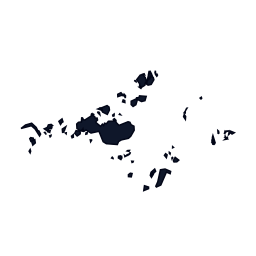 Sulu, Sulu, Philippines (Natural Earth projection), rotated 187°
{"feature_id": "2640588B7308386302326", "entity_name": "Sulu", "entity_type": "district", "adm_level": 2, "iso_a3": "PHL", "parent_name": "Philippines", "parent_adm1": "Sulu", "projection": "natural_earth1", "projection_center": [120.931, 5.941], "detail": "fine", "context": "isolated", "style": "filled", "palette": "ink", "viewbox_px": 256, "rotation_deg": 187, "n_neighbors": 0, "source": "geoboundaries", "source_scale": "gbopen_adm2", "svg_char_len": 5974}
<svg xmlns="http://www.w3.org/2000/svg" viewBox="0 0 256 256"><g transform="rotate(187 128 128)"><path d="M164.6,136.0L163.7,137.2L163.2,136.5L163.8,137.4L164.7,137.0L164.5,138.3L164.8,137.3L165.7,137.7L166.3,136.8L165.9,137.2L166.0,136.2L165.5,136.4L165.2,136.2L165.3,136.0L171.9,130.6L174.2,131.0L173.8,131.7L174.4,132.5L175.2,132.4L175.0,128.4L177.9,127.6L179.4,125.7L178.6,121.3L175.2,119.5L173.5,120.2L172.6,122.1L172.1,121.2L172.9,120.2L171.1,119.5L169.4,120.9L164.1,118.5L156.4,121.2L151.0,111.4L147.6,109.8L136.6,110.3L135.7,113.4L133.1,115.4L126.3,117.8L124.3,120.1L121.6,126.5L122.3,130.5L125.3,131.6L126.8,133.9L128.7,134.2L137.3,129.5L140.6,132.2L140.9,134.2L142.7,135.6L143.5,134.8L142.5,134.2L143.8,133.9L142.2,133.8L142.1,133.2L148.3,132.3L149.9,129.6L151.9,129.9L152.5,127.5L153.9,128.7L155.4,126.3L160.3,129.4L160.6,130.4L159.2,132.2L159.9,134.1L161.7,133.7L162.5,135.3L164.6,136.0ZM92.6,72.9L88.5,75.4L84.5,88.9L80.6,87.8L80.4,90.1L86.2,91.8L90.7,90.5L91.9,78.2L93.3,73.6L92.6,72.9ZM119.3,170.2L116.5,172.5L116.2,175.4L115.2,176.0L117.0,180.2L119.9,182.9L122.3,182.0L125.3,177.0L121.8,173.3L121.6,171.5L119.3,170.2ZM150.2,139.0L148.6,143.6L149.4,146.5L151.5,147.7L156.4,145.0L155.1,140.7L150.2,139.0ZM214.8,109.3L214.0,111.3L216.2,114.3L217.1,114.2L219.2,117.4L224.2,121.0L230.1,118.5L234.1,114.5L224.2,118.5L220.1,115.7L214.8,109.3ZM114.4,177.9L114.9,173.8L113.3,173.0L110.3,174.1L108.2,179.0L109.0,181.1L111.5,181.9L112.1,179.7L114.4,177.9ZM117.8,155.9L114.5,157.2L113.8,161.6L120.5,161.3L120.8,159.6L123.2,159.0L123.4,158.0L117.8,155.9ZM125.6,150.0L123.0,152.1L122.3,156.3L123.4,157.9L128.1,155.0L127.7,151.6L125.6,150.0ZM208.1,114.7L205.2,114.1L204.9,116.1L206.1,115.9L206.8,117.5L203.1,121.2L204.7,122.2L207.4,121.4L208.2,118.7L211.0,117.0L208.5,115.7L206.9,116.4L207.2,115.2L205.8,114.9L205.5,114.2L208.1,114.7ZM177.5,113.9L174.8,116.3L174.8,117.6L175.5,118.8L179.2,119.1L180.2,116.2L177.5,113.9ZM98.7,81.9L97.0,85.6L97.7,84.4L98.2,85.1L98.5,83.9L99.0,83.9L98.8,87.6L97.8,85.2L95.3,88.4L96.5,90.5L99.7,86.9L100.1,83.7L98.7,81.9ZM104.7,67.8L100.2,70.3L100.4,71.9L104.6,72.7L104.7,67.8ZM78.2,99.9L75.4,100.4L73.7,102.3L77.6,104.6L79.0,101.1L78.2,99.9ZM141.9,157.9L138.4,159.6L136.2,159.4L139.3,162.2L142.3,160.2L141.9,157.9ZM195.4,123.3L194.9,124.3L195.6,124.1L195.6,124.5L193.3,126.2L194.6,129.0L197.4,126.2L195.4,123.3ZM114.0,184.2L114.7,177.9L112.8,180.0L112.5,181.1L111.7,182.2L111.7,182.4L111.6,183.0L111.2,183.4L111.1,184.3L112.9,186.9L114.0,186.7L114.1,185.3L113.1,186.6L112.4,184.9L114.0,184.2ZM220.4,99.4L218.2,101.9L219.1,105.0L222.0,102.9L220.4,99.4ZM222.8,102.9L220.2,104.5L220.8,106.4L223.4,106.6L224.2,105.5L222.8,102.9ZM121.6,79.8L118.8,79.9L118.4,83.3L120.2,83.4L121.9,81.7L121.6,79.8ZM193.1,118.9L192.4,115.7L191.9,115.8L191.5,116.1L190.8,117.7L189.9,121.7L193.1,118.9ZM41.8,122.2L40.7,122.2L40.5,122.6L40.3,122.6L39.7,123.9L42.8,130.8L43.1,129.0L42.1,128.2L41.6,125.6L40.6,125.1L40.3,122.7L41.4,122.5L41.9,123.5L41.0,123.9L41.0,123.6L40.8,123.8L42.2,125.2L42.9,124.4L41.8,122.2ZM86.3,103.2L85.9,106.1L87.5,107.1L88.5,105.3L86.3,103.2ZM24.0,134.7L21.9,136.3L26.3,137.5L25.7,135.6L24.0,134.7ZM72.1,143.6L72.2,146.5L73.8,148.3L74.2,146.0L72.1,143.6ZM131.2,95.8L130.4,97.6L131.1,99.8L131.1,97.3L131.6,96.7L133.4,97.3L132.8,99.2L133.9,98.8L133.9,97.1L131.2,95.8ZM31.3,134.3L31.3,135.6L30.9,135.0L30.3,135.9L30.9,135.4L31.2,136.0L27.3,137.5L31.2,136.7L31.5,134.7L32.2,134.9L31.3,134.3ZM136.6,153.3L134.2,152.9L134.6,154.9L136.2,155.3L136.6,153.3ZM182.3,111.5L181.1,112.2L181.5,114.7L183.1,113.0L182.3,111.5ZM30.5,128.4L28.0,129.2L29.2,129.9L28.0,129.6L28.2,130.9L30.2,130.3L29.4,129.9L29.4,129.6L30.5,128.4ZM222.1,91.4L221.8,93.1L222.5,94.7L223.3,92.9L222.1,91.4ZM127.6,99.2L123.7,101.8L123.1,102.5L122.8,103.3L122.6,104.2L124.6,101.2L124.8,101.5L125.4,101.6L127.0,99.7L128.0,100.3L127.6,99.2ZM156.9,142.5L157.7,144.6L160.2,143.2L158.3,142.9L158.4,143.7L156.9,142.5ZM134.3,157.4L134.4,159.7L136.0,161.1L136.1,160.5L134.3,157.4ZM105.8,182.9L105.2,184.1L105.8,184.9L106.1,184.4L105.5,184.1L105.6,183.4L107.0,184.3L107.8,188.2L108.0,186.3L107.2,184.5L105.8,182.9ZM157.6,137.8L158.3,140.0L159.7,140.3L159.9,139.6L157.6,137.8ZM144.3,137.9L143.4,138.3L143.9,139.6L143.2,138.8L143.5,140.2L144.8,138.9L144.3,137.9ZM59.1,165.7L58.5,166.5L59.0,167.5L60.1,166.5L59.1,165.7ZM42.9,124.6L41.7,125.8L42.0,127.0L42.1,127.4L42.2,127.5L42.4,127.7L42.3,128.1L42.8,128.5L43.0,126.9L42.3,127.5L41.9,126.1L42.7,125.5L42.4,126.5L42.7,126.4L42.9,126.7L43.1,126.7L42.9,124.6ZM208.3,111.6L209.9,113.6L210.3,113.4L208.3,111.6ZM37.9,133.7L37.6,133.6L37.3,133.8L37.2,134.4L37.4,134.7L37.5,134.7L37.3,133.9L37.6,133.7L37.9,133.8L37.6,135.8L38.5,136.4L37.9,133.7ZM119.8,94.3L118.9,94.7L118.7,95.6L120.3,95.5L119.8,94.3ZM74.1,150.0L73.0,149.9L73.2,151.7L74.1,150.0ZM169.1,116.7L168.0,117.1L167.9,118.6L169.1,118.0L169.1,116.7ZM111.6,182.3L110.1,182.4L111.1,184.1L111.2,183.4L111.6,182.3ZM140.6,96.2L139.1,95.8L139.1,96.2L140.1,97.1L140.6,96.2ZM204.2,109.7L203.6,110.4L203.5,111.4L204.8,110.8L204.2,109.7ZM83.1,107.2L83.0,108.3L84.0,108.9L83.9,107.9L83.1,107.2ZM27.3,133.7L27.2,133.8L27.3,134.0L26.7,134.5L26.6,135.2L27.1,137.0L27.3,133.7ZM122.0,170.0L120.0,168.9L119.8,169.3L120.2,170.7L122.0,170.0ZM163.4,109.8L162.6,111.4L162.7,111.7L164.0,111.6L163.4,109.8ZM124.2,104.9L123.8,105.9L125.3,105.7L125.8,105.4L126.1,105.1L124.2,104.9ZM127.6,175.9L125.6,174.8L125.6,175.0L126.5,175.8L127.6,175.9ZM204.7,118.1L203.9,118.1L203.5,119.8L204.7,118.1ZM81.3,113.8L80.5,114.3L81.4,114.9L81.3,113.8ZM132.6,99.3L131.6,98.0L131.9,98.4L131.6,98.4L131.6,98.6L131.5,98.8L132.6,99.3ZM80.5,102.7L79.9,103.8L80.4,104.2L80.8,103.6L80.5,102.7ZM30.9,132.6L30.3,130.7L30.3,131.0L30.9,132.6ZM138.2,140.4L137.1,140.3L137.9,141.0L138.2,140.4ZM174.0,119.4L172.8,119.3L173.4,120.0L174.0,119.4ZM189.6,115.4L188.7,114.7L188.7,115.7L189.6,115.4ZM72.2,154.7L73.0,152.3L71.9,154.8L72.2,154.7ZM118.6,183.8L119.3,183.5L118.2,183.1L118.6,183.8Z" fill="#0f172a" stroke="#020617" stroke-width="1.5"/></g></svg>